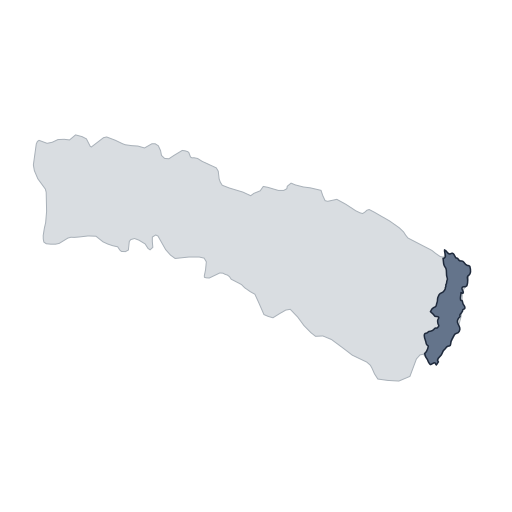 where Mahakali sits in Nepal, rotated 174°
{"feature_id": "NPL-1128", "entity_name": "Mahakali", "entity_type": "Administrative Zone", "adm_level": 1, "iso_a3": "NPL", "parent_name": "Nepal", "parent_adm1": "", "projection": "equal_earth", "projection_center": [80.565, 29.386], "detail": "fine", "context": "in_parent", "style": "filled", "palette": "slate", "viewbox_px": 512, "rotation_deg": 174, "n_neighbors": 0, "source": "natural_earth", "source_scale": "10m", "svg_char_len": 4978}
<svg xmlns="http://www.w3.org/2000/svg" viewBox="0 0 512 512"><g transform="rotate(174 256 256)"><path d="M463.3,290.1L465.5,292.0L465.8,295.1L465.5,298.6L463.5,306.0L461.7,311.2L459.6,322.2L458.0,341.3L458.5,344.6L464.9,355.6L467.5,364.1L467.9,369.8L465.5,379.5L462.8,390.4L461.4,392.8L459.7,393.7L452.0,389.9L446.8,390.4L440.8,392.5L434.5,392.1L429.3,390.9L422.8,395.3L416.5,392.9L412.4,390.2L409.5,382.6L408.4,381.6L395.3,389.6L392.1,390.0L383.8,385.8L377.0,381.6L374.4,380.3L367.9,378.7L362.0,377.7L355.6,375.1L347.8,378.5L344.6,378.2L341.6,375.8L339.9,370.7L339.5,365.9L336.7,362.6L332.5,361.8L326.7,364.8L318.3,368.7L315.5,368.0L313.0,366.9L312.0,365.9L310.8,361.3L309.4,360.3L307.4,360.2L303.9,359.1L299.6,355.7L286.3,347.8L284.7,344.3L284.6,336.5L283.8,333.2L282.2,329.9L275.4,326.4L262.3,320.9L255.0,316.5L251.6,318.5L245.0,320.4L241.5,324.4L237.2,323.1L227.0,318.9L221.6,318.3L218.3,319.7L217.6,322.1L213.5,324.8L209.5,322.6L201.7,319.7L194.9,318.1L184.5,314.5L183.3,309.1L181.5,303.8L179.0,302.9L169.7,303.9L161.2,298.0L152.0,290.5L148.1,288.1L145.6,287.1L143.4,288.1L140.9,289.9L138.6,290.4L133.6,287.1L127.3,282.5L119.5,276.9L110.4,268.9L106.7,264.5L105.0,261.1L103.0,258.0L95.1,252.8L88.9,248.7L81.4,243.8L80.1,242.8L77.2,239.9L72.9,236.2L69.3,235.1L68.2,237.2L67.3,239.3L64.2,238.8L59.3,235.1L54.2,231.1L50.3,227.5L46.2,223.8L45.2,221.0L46.9,212.4L49.3,205.1L51.3,203.5L54.6,198.6L55.8,190.1L55.8,182.9L59.0,172.7L63.3,161.8L70.9,150.2L74.2,146.3L77.9,143.7L84.9,135.1L86.3,133.7L89.4,131.5L92.4,130.9L94.6,132.0L97.0,136.5L99.8,140.8L103.2,140.5L107.2,136.9L115.5,120.2L127.0,116.7L138.0,118.5L147.7,120.9L150.5,126.5L152.4,132.4L153.7,135.4L156.9,138.9L170.6,147.3L178.6,154.9L189.6,165.0L197.9,169.5L205.2,169.9L209.3,173.9L215.6,181.8L220.9,190.9L227.5,199.4L232.1,199.1L238.2,196.4L245.6,192.8L250.1,194.6L254.2,196.9L255.6,201.3L258.2,209.5L261.1,218.1L265.4,221.1L270.6,225.6L273.4,229.1L283.1,235.5L284.5,238.2L286.4,240.0L288.8,241.1L290.7,242.4L293.8,242.9L304.8,239.0L307.8,239.5L309.5,240.2L309.5,241.6L307.6,247.6L306.0,255.4L307.8,259.3L312.5,260.9L322.8,262.0L336.7,262.0L341.0,265.9L345.2,271.8L349.6,281.9L351.4,286.1L353.5,287.4L357.1,285.7L357.6,281.5L357.7,275.4L360.7,273.2L362.6,274.8L365.0,279.6L370.8,284.0L375.0,286.1L378.9,285.4L380.5,283.7L382.3,275.3L385.4,274.0L389.4,274.6L390.9,276.3L392.6,279.6L397.4,281.2L402.2,283.4L406.7,286.1L413.1,292.4L420.9,293.5L429.9,293.4L434.6,293.5L438.1,294.0L441.2,293.5L450.4,289.1L454.2,288.7L458.8,289.2L463.3,290.1Z" fill="#d9dde1" stroke="#a8b0b8" stroke-width="1"/><path d="M93.9,129.8L94.4,130.3L95.1,131.5L95.7,132.8L96.3,135.0L97.5,137.3L97.9,138.4L98.5,141.4L97.4,142.3L96.5,143.2L95.0,145.7L94.4,147.3L94.1,148.2L94.2,148.6L94.4,148.9L94.8,149.2L95.2,149.6L95.5,150.1L95.8,150.8L95.9,151.5L96.1,153.1L96.9,157.0L97.0,159.3L96.7,160.4L96.1,161.2L95.4,161.4L94.3,161.5L94.0,161.6L92.3,162.7L91.9,162.9L91.5,162.9L91.0,162.9L90.5,162.9L88.5,163.4L87.0,164.2L86.0,165.2L85.3,165.5L84.7,165.6L83.8,165.4L83.1,165.6L81.8,166.9L81.6,167.2L81.5,167.9L81.6,168.3L81.9,168.9L82.1,169.7L82.2,170.8L82.2,172.3L82.0,173.2L81.7,173.8L81.2,174.4L80.7,175.5L80.8,176.1L81.4,176.6L82.9,177.0L84.0,177.2L84.3,177.3L84.5,177.5L85.7,179.4L88.3,182.4L86.7,184.8L85.0,186.0L82.8,186.8L82.0,187.7L81.3,189.8L80.6,191.3L80.3,192.3L80.1,193.3L80.0,194.1L79.6,195.5L79.0,196.6L78.1,198.2L77.4,198.9L76.6,199.5L74.2,200.4L73.3,201.0L71.9,202.5L71.3,203.4L71.0,204.3L71.0,204.9L70.6,205.4L70.4,205.8L70.2,207.6L69.5,208.6L69.2,209.6L68.9,211.0L68.0,213.0L68.5,216.8L68.2,221.9L68.3,222.8L68.4,223.6L68.5,224.0L68.8,224.6L69.5,226.0L69.8,226.8L70.1,228.1L70.2,229.0L70.2,234.0L69.3,234.1L68.3,234.8L67.7,235.7L67.6,236.9L68.0,241.3L67.8,242.2L66.8,241.6L64.6,238.5L63.6,237.8L62.6,237.8L61.6,238.1L60.6,238.3L59.6,237.7L59.0,236.9L57.6,233.5L57.2,233.1L56.2,232.8L55.8,232.6L55.4,232.0L54.9,230.9L54.6,230.5L53.7,229.8L51.9,229.5L50.9,229.1L50.2,228.4L48.4,225.7L46.8,224.5L46.3,224.4L45.4,224.2L44.4,223.3L44.1,220.5L44.2,219.1L44.3,217.8L44.7,216.7L45.3,215.6L46.1,214.8L47.0,214.3L47.7,213.6L48.1,212.4L48.0,210.1L48.4,207.1L49.4,204.4L51.0,203.5L51.9,203.7L53.0,203.7L54.0,203.4L54.6,202.4L54.5,201.4L53.6,198.5L53.9,197.5L54.8,197.4L55.4,198.0L55.9,198.1L57.0,193.6L57.2,192.0L57.1,190.7L56.7,190.3L56.2,190.3L55.8,190.2L55.5,189.5L55.1,186.7L54.0,184.5L53.6,183.3L53.8,182.1L54.4,181.6L55.9,181.0L56.2,180.4L56.4,179.5L56.7,179.1L57.2,178.7L57.6,178.0L58.7,177.1L59.1,176.5L59.5,175.9L59.5,175.6L59.4,175.2L59.3,174.8L59.5,174.3L59.8,174.0L60.4,173.6L60.7,173.3L61.9,171.8L62.5,170.4L62.6,168.9L62.1,167.1L61.4,165.3L60.9,163.5L60.9,161.8L61.7,159.9L63.0,158.6L66.1,157.7L67.2,156.6L69.8,152.7L71.0,150.6L71.6,148.1L72.1,146.9L72.8,146.4L74.7,146.2L75.7,145.8L76.3,145.3L77.7,143.8L79.5,142.4L80.0,141.7L81.6,138.9L82.3,138.0L85.4,135.3L86.4,133.5L85.7,131.6L86.4,130.8L87.3,129.6L88.1,128.9L88.6,129.7L89.1,130.9L90.0,131.2L93.5,129.8L93.9,129.8Z" fill="#64748b" stroke="#1e293b" stroke-width="1.5"/></g></svg>